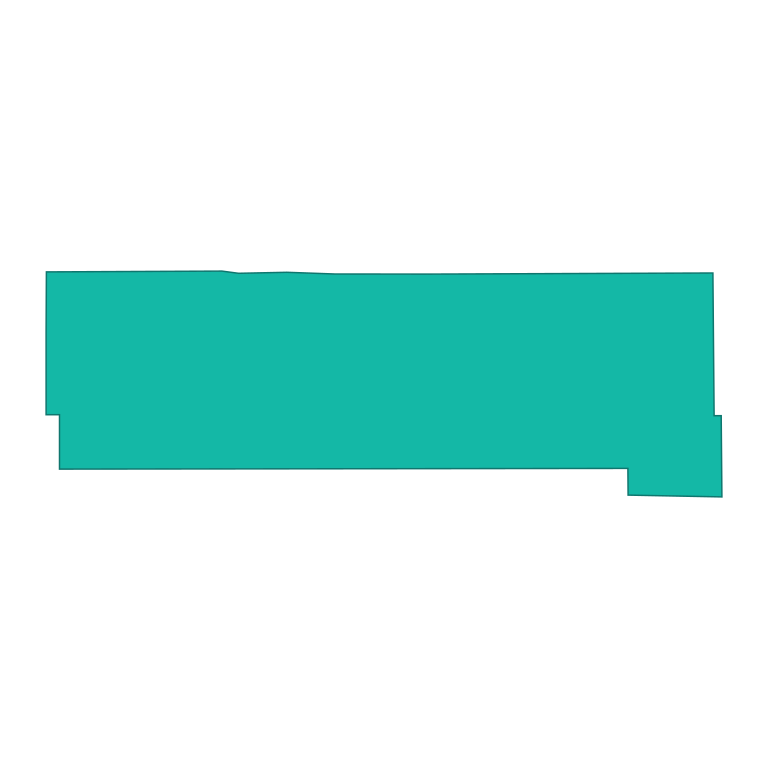 Pennington, Minnesota, United States of America (Natural Earth projection)
{"feature_id": "52423323B40299711092463", "entity_name": "Pennington", "entity_type": "district", "adm_level": 2, "iso_a3": "USA", "parent_name": "United States of America", "parent_adm1": "Minnesota", "projection": "natural_earth1", "projection_center": [-96.089, 48.054], "detail": "fine", "context": "isolated", "style": "filled", "palette": "teal", "viewbox_px": 768, "rotation_deg": 0, "n_neighbors": 0, "source": "geoboundaries", "source_scale": "gbopen_adm2", "svg_char_len": 330}
<svg xmlns="http://www.w3.org/2000/svg" viewBox="0 0 768 768"><path d="M46.4,271.9L46.1,333.1L46.1,414.7L59.5,414.7L59.5,469.1L627.9,468.4L628.1,495.1L721.9,496.9L721.2,415.7L714.1,415.7L712.9,273.0L427.8,274.1L334.7,274.0L286.8,272.3L238.6,273.3L222.0,271.1L46.4,271.9Z" fill="#14b8a6" stroke="#0f766e" stroke-width="1.5"/></svg>